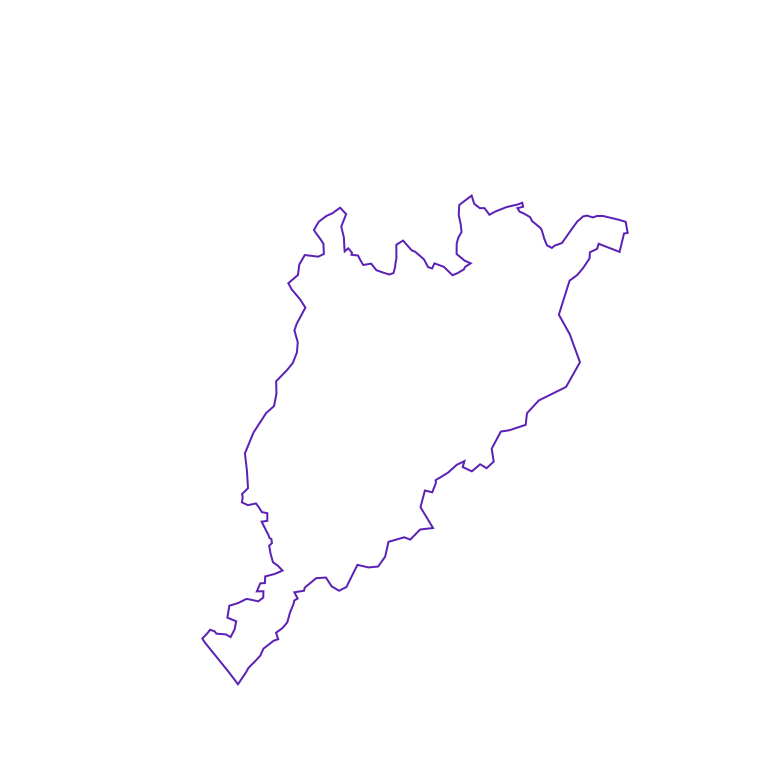 the district of Treis Elies, Limassol, Cyprus, rotated 237°
{"feature_id": "46923920B17590057603740", "entity_name": "Treis Elies", "entity_type": "district", "adm_level": 2, "iso_a3": "CYP", "parent_name": "Cyprus", "parent_adm1": "Limassol", "projection": "equal_earth", "projection_center": [32.797, 34.933], "detail": "fine", "context": "isolated", "style": "outline", "palette": "violet", "viewbox_px": 768, "rotation_deg": 237, "n_neighbors": 0, "source": "geoboundaries", "source_scale": "gbopen_adm2", "svg_char_len": 2812}
<svg xmlns="http://www.w3.org/2000/svg" viewBox="0 0 768 768"><g transform="rotate(237 384 384)"><path d="M211.7,98.0L217.3,111.1L219.7,115.7L221.7,124.9L223.5,132.2L227.7,138.8L228.8,151.7L227.6,156.3L234.2,158.0L234.6,165.9L236.8,173.1L243.6,180.8L248.7,188.2L251.3,190.8L251.1,194.7L258.1,195.4L254.2,204.3L256.4,206.7L258.1,221.3L253.3,229.9L247.8,229.9L242.8,229.9L235.1,233.7L234.2,241.9L246.8,263.2L238.6,271.1L234.1,279.7L238.6,291.0L249.2,301.8L244.4,317.5L239.2,321.3L242.3,335.1L236.5,346.7L260.8,347.5L272.4,360.3L266.9,365.5L272.8,373.7L275.2,374.9L274.8,389.3L276.6,401.0L275.5,409.4L271.5,404.8L262.9,410.1L264.3,420.9L257.5,424.2L259.2,433.8L271.1,439.1L280.5,456.1L277.0,463.8L272.6,480.6L281.6,488.0L285.9,504.8L282.4,535.1L295.5,560.2L324.6,566.9L346.9,568.4L369.6,595.9L370.2,605.5L372.8,614.1L377.4,624.8L382.3,628.4L381.3,636.4L384.7,640.4L366.5,653.5L379.5,667.3L378.0,670.6L388.4,675.0L394.5,669.8L399.3,665.2L401.1,663.5L405.6,659.2L408.9,654.2L409.9,650.0L414.7,645.9L416.1,642.3L415.0,634.5L410.2,622.2L405.3,610.0L407.1,602.5L406.7,598.9L411.5,596.2L418.4,597.5L427.5,600.2L429.6,600.2L440.1,596.9L444.4,597.4L451.1,594.0L454.6,591.6L458.8,591.7L456.9,597.2L460.7,598.6L461.8,593.6L465.6,583.3L468.0,571.5L468.5,564.6L476.7,564.1L479.3,560.1L486.0,557.8L494.3,560.1L493.2,544.7L487.6,540.5L484.7,538.6L476.1,535.3L469.2,531.8L466.2,525.9L462.0,521.3L453.5,515.7L443.8,518.7L438.0,522.4L438.0,515.6L436.6,513.5L436.9,506.3L437.9,500.7L449.7,498.0L457.7,492.0L454.7,487.3L458.1,484.6L466.9,485.4L477.9,482.2L481.1,480.0L493.9,478.1L494.1,470.2L489.4,467.2L482.6,462.8L478.6,459.0L476.1,457.1L471.9,452.4L472.9,448.1L477.6,444.2L483.6,439.6L491.9,438.8L492.9,436.6L495.1,431.4L501.6,431.7L505.9,432.2L510.1,427.1L511.6,428.7L517.3,427.9L516.6,423.2L521.6,426.0L528.6,430.1L539.3,433.9L547.1,444.8L555.8,443.2L555.7,441.5L555.3,433.9L556.3,427.1L555.6,417.5L551.3,409.1L548.1,409.1L539.6,409.6L534.6,409.6L525.8,404.4L526.6,398.2L535.3,387.8L530.3,378.0L522.3,371.2L520.6,358.6L520.0,358.6L513.8,358.1L500.9,359.7L490.9,359.7L482.0,343.5L477.8,338.1L466.0,334.4L458.0,328.3L451.4,319.1L448.6,310.7L445.0,295.0L434.7,288.7L425.4,279.8L423.8,269.3L414.4,248.2L401.6,229.6L386.1,221.9L370.7,213.2L369.0,205.0L366.4,204.1L362.1,200.4L356.5,203.9L353.5,211.6L349.1,211.9L343.1,211.8L339.2,215.8L332.8,211.6L335.2,206.4L323.1,205.1L321.0,205.0L317.2,204.1L315.3,205.1L311.6,203.4L310.9,199.6L303.6,196.5L295.0,193.8L289.5,196.0L282.8,197.3L284.2,188.9L287.3,179.6L281.9,175.7L284.2,171.7L279.3,164.4L275.9,170.0L270.6,166.4L270.2,160.2L276.5,154.0L278.7,151.5L279.7,142.5L282.3,133.5L273.3,125.4L265.5,130.8L259.6,125.1L255.3,117.5L260.0,115.1L265.9,107.5L268.9,107.2L272.6,104.3L270.9,99.3L269.5,93.0L264.6,93.0L227.2,96.9L211.7,98.0Z" fill="none" stroke="#5b21b6" stroke-width="2"/></g></svg>